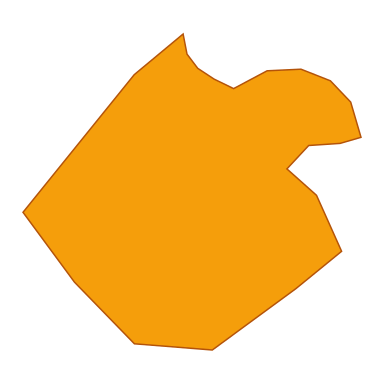 map outline of Banjul (Albers equal-area conic projection)
{"feature_id": "GMB-2153", "entity_name": "Banjul", "entity_type": "Independent City", "adm_level": 1, "iso_a3": "GMB", "parent_name": "Gambia", "parent_adm1": "", "projection": "albers", "projection_center": [-16.653, 13.415], "detail": "fine", "context": "isolated", "style": "filled", "palette": "amber", "viewbox_px": 384, "rotation_deg": 0, "n_neighbors": 0, "source": "natural_earth", "source_scale": "10m", "svg_char_len": 384}
<svg xmlns="http://www.w3.org/2000/svg" viewBox="0 0 384 384"><path d="M23.0,212.3L134.3,74.6L183.1,34.0L187.0,54.1L197.7,68.3L214.1,79.1L233.6,88.6L267.1,70.8L301.0,69.2L330.4,80.8L350.7,102.1L361.0,137.3L340.1,143.4L308.7,145.5L286.9,168.9L316.5,195.3L341.6,251.3L296.2,288.4L212.3,350.0L134.4,343.8L74.5,282.2L23.0,212.3Z" fill="#f59e0b" stroke="#b45309" stroke-width="1.5"/></svg>